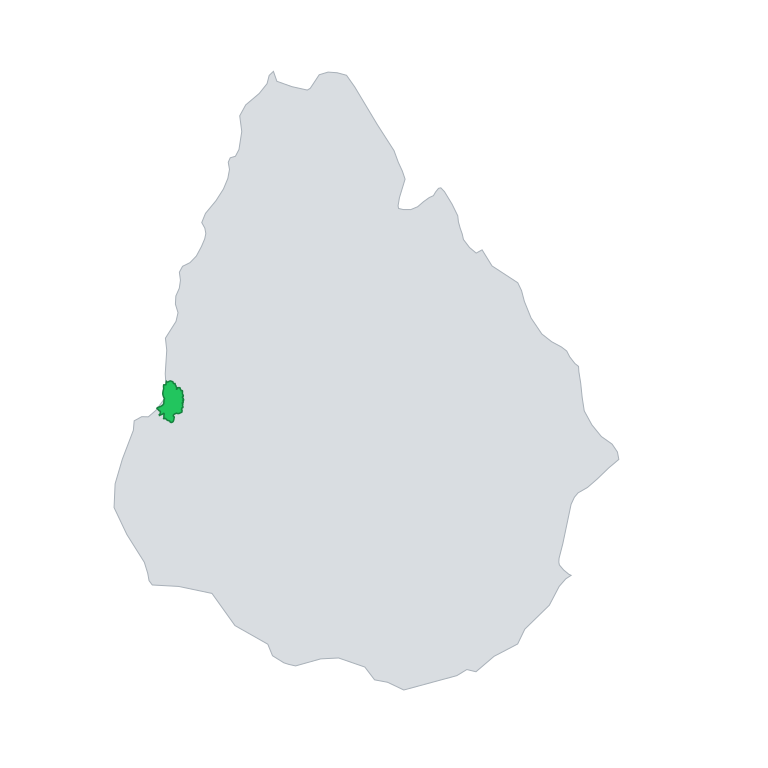 Nuevo Berlín, Río Negro, Uruguay (highlighted), rotated 11°
{"feature_id": "84410073B28261927215245", "entity_name": "Nuevo Berlín", "entity_type": "district", "adm_level": 2, "iso_a3": "URY", "parent_name": "Uruguay", "parent_adm1": "Río Negro", "projection": "equal_earth", "projection_center": [-58.007, -32.972], "detail": "fine", "context": "in_parent", "style": "filled", "palette": "green", "viewbox_px": 768, "rotation_deg": 11, "n_neighbors": 0, "source": "geoboundaries", "source_scale": "gbopen_adm2", "svg_char_len": 4294}
<svg xmlns="http://www.w3.org/2000/svg" viewBox="0 0 768 768"><g transform="rotate(11 384 384)"><path d="M604.2,536.1L599.6,540.6L594.6,549.2L588.5,569.6L569.0,597.8L564.8,613.7L544.0,630.3L529.2,648.9L519.8,648.5L511.1,656.4L461.8,680.6L444.3,676.1L431.2,676.2L419.2,665.5L391.7,661.6L374.3,665.9L351.0,677.6L344.0,677.4L338.9,676.8L326.4,672.0L319.6,661.6L283.8,649.6L255.1,622.4L221.0,621.9L194.9,625.5L190.9,621.9L188.2,614.9L182.8,604.8L160.3,580.8L142.6,556.8L139.1,533.3L141.5,507.7L146.8,477.3L145.8,467.8L152.4,462.3L158.9,461.2L165.1,453.4L170.7,441.5L171.7,432.4L167.3,415.7L164.3,392.3L160.7,380.7L167.9,362.2L168.2,353.3L164.0,345.4L162.9,337.3L164.8,329.0L164.4,321.0L161.8,313.3L163.8,306.9L170.4,301.9L175.4,294.2L178.6,283.8L180.3,275.8L180.4,270.3L178.4,265.2L174.3,260.3L176.2,250.6L184.1,236.1L189.2,223.2L191.5,212.0L191.4,202.9L188.8,196.0L189.9,191.3L194.7,188.8L196.9,181.5L196.2,163.3L191.2,148.3L195.0,136.4L206.1,122.6L211.9,111.5L212.4,103.0L215.8,98.2L221.1,107.3L236.8,109.7L252.6,110.1L255.2,107.8L261.4,92.8L269.6,88.5L278.6,87.4L288.3,88.1L298.7,98.1L327.8,130.5L349.3,153.0L355.7,163.6L361.4,171.5L365.6,178.9L363.6,198.1L363.8,206.4L364.8,208.9L369.7,209.1L377.0,207.7L383.2,203.6L388.0,197.5L392.8,192.4L396.6,189.7L398.0,185.7L400.2,181.5L402.4,180.6L406.7,183.7L416.6,194.6L424.3,204.8L426.1,210.6L429.1,216.6L432.2,221.9L434.4,227.0L441.9,233.7L449.5,237.9L454.7,233.6L467.5,247.5L496.0,259.1L501.2,266.1L506.0,276.1L515.8,291.2L529.4,304.8L540.5,310.5L551.1,313.8L557.1,316.8L561.1,321.9L567.5,327.5L571.6,329.6L572.9,334.6L576.9,345.6L581.1,359.4L585.7,372.2L595.9,384.5L607.4,394.1L619.4,399.5L626.1,406.2L628.9,413.2L620.6,423.5L611.5,436.5L603.5,446.7L595.3,453.8L592.5,458.8L590.6,466.4L590.0,506.6L589.1,521.6L589.6,525.5L590.7,528.2L595.7,532.2L601.7,535.5L604.2,536.1Z" fill="#d9dde1" stroke="#a8b0b8" stroke-width="1"/><path d="M167.9,426.9L167.9,427.2L168.0,428.4L168.2,429.2L168.4,429.8L168.6,430.5L168.6,431.4L168.6,431.7L168.5,432.4L168.5,432.7L168.5,433.0L168.5,434.0L168.6,435.0L168.7,435.8L168.8,436.1L169.0,436.6L169.2,437.1L169.6,437.8L169.8,438.2L170.0,438.6L170.3,439.0L171.0,439.7L171.1,439.9L171.3,440.2L171.3,440.5L171.2,441.0L171.1,441.3L171.1,441.6L171.1,442.0L171.2,442.5L171.2,443.0L171.4,443.5L171.4,444.1L171.5,444.7L171.5,445.2L171.5,445.5L171.4,445.9L171.2,446.3L171.1,446.5L170.7,447.0L170.3,447.5L169.7,448.1L169.2,448.5L168.8,448.8L168.5,449.0L167.9,449.3L167.5,449.7L167.1,449.9L166.8,450.0L166.7,450.0L166.4,450.2L166.2,450.4L165.9,450.8L165.7,451.1L168.5,453.2L169.5,453.4L169.8,453.8L169.9,455.3L169.8,456.4L169.2,456.9L169.6,457.7L172.5,455.7L173.4,454.8L173.7,454.9L174.0,455.3L173.9,456.6L174.1,457.7L174.4,459.3L174.2,459.9L174.4,460.1L174.8,460.1L174.9,459.9L175.0,459.8L175.2,459.6L175.5,459.6L176.1,459.6L177.0,460.2L177.9,460.8L178.9,461.1L179.7,461.1L180.4,461.1L181.0,461.5L181.3,462.1L181.8,462.2L182.1,462.4L182.4,462.4L182.8,462.3L183.3,462.0L183.9,461.5L184.3,460.7L184.5,459.2L184.4,457.2L184.5,456.8L184.3,456.3L184.0,456.1L183.6,456.0L183.2,455.5L183.2,455.3L183.1,455.1L183.2,454.7L183.5,454.2L183.8,453.8L183.9,453.6L184.6,453.1L185.1,452.8L185.6,452.3L186.0,452.2L186.7,452.4L187.6,452.3L188.4,452.1L190.0,450.9L190.6,450.5L190.9,450.2L191.0,450.0L191.0,449.8L190.7,448.5L190.8,448.2L190.1,447.6L190.2,446.4L190.2,446.0L190.4,445.8L190.9,445.7L191.1,445.3L190.9,444.5L190.2,443.3L190.4,442.0L189.6,441.4L189.6,440.9L190.3,440.5L190.4,440.0L190.1,439.3L189.6,438.9L189.7,438.6L190.3,438.4L190.3,437.6L189.7,437.3L189.7,437.1L189.8,436.7L189.3,436.2L188.7,435.8L188.7,435.0L189.0,435.0L189.2,434.7L188.9,434.3L188.9,434.0L189.2,433.7L189.0,433.2L188.4,432.7L188.2,432.4L187.9,431.7L187.6,429.5L187.4,429.1L187.2,429.0L186.2,429.2L185.9,428.7L185.4,428.2L184.8,427.5L184.7,426.9L184.4,426.7L183.6,426.6L182.2,427.0L182.3,427.3L182.0,427.9L181.8,428.5L181.6,428.6L181.3,428.7L181.2,428.4L181.4,428.1L181.4,427.9L181.2,427.0L180.6,426.5L180.3,426.1L180.1,425.5L179.9,425.2L179.5,424.9L179.2,424.5L179.0,423.8L178.7,423.4L177.8,423.6L177.3,423.6L176.7,422.9L176.5,422.4L176.2,422.0L174.7,421.9L174.2,421.7L173.6,421.8L172.7,422.2L172.4,422.6L171.3,423.4L170.8,423.4L169.9,422.9L169.9,423.7L170.0,425.6L170.0,426.3L169.0,426.6L167.9,426.9Z" fill="#22c55e" stroke="#15803d" stroke-width="1.5"/></g></svg>